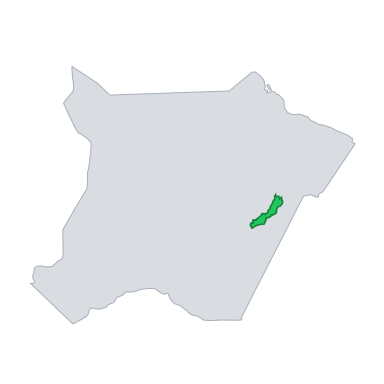 location of Kajiado East, Rift Valley, Kenya, rotated 268°
{"feature_id": "3690345B56316730609732", "entity_name": "Kajiado East", "entity_type": "district", "adm_level": 2, "iso_a3": "KEN", "parent_name": "Kenya", "parent_adm1": "Rift Valley", "projection": "albers", "projection_center": [37.165, -1.892], "detail": "fine", "context": "in_parent", "style": "filled", "palette": "green", "viewbox_px": 384, "rotation_deg": 268, "n_neighbors": 0, "source": "geoboundaries", "source_scale": "gbopen_adm2", "svg_char_len": 6754}
<svg xmlns="http://www.w3.org/2000/svg" viewBox="0 0 384 384"><g transform="rotate(268 192 192)"><path d="M62.4,237.1L62.3,231.5L63.0,217.5L62.9,205.2L63.6,199.0L66.6,195.1L68.0,192.2L69.0,188.3L70.6,185.0L74.2,182.4L74.9,180.9L78.7,176.5L81.0,170.9L82.7,168.9L84.9,167.2L86.4,166.2L88.9,165.3L90.9,164.7L91.3,164.3L91.4,163.4L90.8,159.9L91.6,158.7L92.9,156.4L94.5,154.2L95.9,152.8L96.7,151.4L97.0,148.9L97.1,147.2L97.0,144.3L96.6,137.9L94.9,132.5L93.9,126.4L94.7,124.4L93.4,120.9L92.7,120.7L91.7,119.9L90.3,116.5L89.3,113.5L88.7,112.7L84.3,110.1L82.2,103.8L79.7,102.4L78.4,96.1L78.1,94.4L79.5,88.1L79.4,86.7L77.9,85.4L73.8,84.1L70.5,81.5L70.9,80.6L71.1,79.7L69.4,79.0L64.3,68.4L70.8,62.0L77.4,55.5L85.9,47.3L93.6,39.8L100.3,33.3L106.3,27.5L106.1,28.6L106.2,30.0L106.9,30.9L108.2,31.5L109.9,30.9L111.4,30.0L112.8,29.8L121.8,32.2L123.3,34.3L123.3,36.6L123.6,38.2L123.0,39.8L122.2,44.8L122.4,49.4L125.1,52.8L127.6,55.4L129.5,59.2L130.9,60.3L132.8,60.9L139.0,61.1L148.2,61.3L157.0,61.5L157.8,61.6L159.7,62.1L167.8,67.2L175.2,71.8L181.5,75.8L187.6,79.7L193.5,83.5L198.1,86.7L202.6,87.6L210.0,88.1L215.1,88.2L219.8,89.6L226.8,90.8L232.0,91.5L235.2,92.2L243.9,92.9L245.4,92.5L249.2,89.0L253.6,83.4L255.3,80.2L260.9,77.1L270.7,72.8L277.6,69.8L285.3,66.7L288.8,69.4L293.6,73.7L295.8,75.8L297.5,76.8L300.1,77.4L303.3,77.4L305.1,77.3L308.6,76.8L317.0,76.3L321.7,76.4L317.7,82.0L312.9,88.8L304.0,101.3L297.2,107.9L292.1,112.8L291.7,113.7L291.7,119.3L291.7,132.9L291.7,160.1L291.7,187.4L291.7,214.6L291.7,228.3L291.7,232.9L296.2,238.6L300.5,244.2L306.2,251.7L309.3,255.7L309.8,257.0L309.6,259.6L304.9,265.2L301.0,267.7L295.8,268.9L294.2,268.7L292.2,267.8L291.4,269.2L290.7,271.3L289.6,270.8L288.7,270.2L289.2,273.9L289.8,275.7L289.0,278.2L286.4,280.3L286.2,282.1L280.7,286.9L273.0,287.4L268.9,289.7L267.1,291.7L265.7,295.9L266.1,302.4L264.0,307.4L263.6,309.9L259.5,313.1L257.8,316.1L256.4,319.1L255.3,320.4L253.9,327.2L252.1,331.3L251.5,332.7L251.1,333.9L249.6,336.3L248.7,338.0L248.0,339.1L243.3,349.6L239.6,354.4L236.7,353.8L234.8,355.7L234.6,356.5L233.5,356.0L231.1,354.3L226.2,350.7L221.2,347.1L216.3,343.5L211.3,339.9L206.3,336.4L201.4,332.8L196.4,329.2L191.5,325.6L188.6,323.5L187.3,322.3L186.3,319.8L185.8,319.2L184.4,318.4L182.9,318.2L182.4,317.8L182.5,316.6L183.0,314.8L184.8,311.6L185.0,309.6L184.7,307.4L184.1,303.9L183.6,303.1L180.3,301.3L173.4,297.4L166.5,293.6L159.6,289.7L152.7,285.9L145.8,282.0L138.9,278.2L132.0,274.3L125.1,270.5L118.2,266.6L111.3,262.8L104.4,258.9L97.5,255.1L90.6,251.2L83.6,247.4L76.7,243.6L69.8,239.7L67.2,238.3L64.9,237.1L62.4,237.1ZM292.1,274.6L290.9,274.9L291.5,273.0L295.1,270.6L296.5,271.2L296.8,271.7L296.7,272.2L296.1,272.7L292.1,274.6Z" fill="#d9dde1" stroke="#a8b0b8" stroke-width="1"/><path d="M168.6,275.2L169.0,275.3L169.1,275.5L169.3,275.7L169.4,275.8L169.5,275.8L170.5,275.8L170.7,276.0L171.1,276.0L171.3,275.9L171.7,275.9L171.7,276.0L172.0,276.2L172.6,276.4L172.7,276.5L172.8,276.5L173.0,276.6L173.6,276.9L173.8,277.0L174.1,277.7L174.4,278.1L174.5,278.7L175.0,280.1L175.5,280.3L175.9,280.6L176.8,281.6L177.4,282.0L179.1,282.1L179.3,282.3L179.6,282.3L179.7,282.2L179.8,282.2L179.9,281.9L180.0,281.8L180.1,281.6L180.3,281.5L180.7,281.5L181.1,281.7L181.3,281.7L181.7,281.6L182.3,281.4L182.8,281.2L183.7,281.2L182.1,279.3L182.3,279.3L182.5,279.2L182.4,279.1L182.5,279.0L182.6,278.9L182.8,278.9L182.9,279.0L183.0,279.1L183.2,278.9L183.4,278.9L183.6,278.9L183.8,278.7L184.0,278.6L184.3,278.6L184.5,278.6L184.4,278.4L184.5,278.3L184.6,277.9L184.7,277.7L184.7,277.2L184.7,276.8L184.6,276.6L184.8,276.6L185.0,276.4L185.0,276.2L185.3,276.0L185.4,275.9L185.5,275.6L185.9,275.4L186.2,275.4L185.7,275.1L185.6,274.8L185.5,274.6L185.4,274.6L185.2,274.6L184.3,274.3L182.9,274.5L182.7,274.4L182.0,274.2L181.3,273.7L181.1,273.4L180.9,273.3L180.6,273.4L180.4,273.3L180.4,273.2L180.3,272.9L180.2,272.8L180.0,272.7L178.3,272.0L178.2,272.2L177.7,272.0L177.8,271.8L177.4,271.6L175.1,270.0L174.6,270.0L174.6,269.7L174.4,269.6L172.9,269.5L172.7,269.3L172.0,269.1L171.9,269.1L171.7,268.4L171.4,268.1L171.4,267.9L171.2,267.9L171.0,267.7L170.8,267.6L170.7,267.4L170.4,267.1L170.0,267.0L169.7,267.1L169.3,267.0L169.0,267.1L168.8,267.1L168.7,266.9L168.7,266.7L168.3,266.5L168.3,266.4L167.9,265.9L167.9,265.7L167.7,265.5L167.8,265.5L168.0,265.4L168.0,265.2L168.0,264.9L168.0,264.6L167.9,264.4L167.8,264.2L167.6,264.1L167.4,264.0L167.4,263.9L167.6,263.8L167.4,263.6L167.5,263.4L167.3,263.1L167.7,262.8L167.7,262.7L168.0,262.1L167.9,262.0L167.7,262.0L167.7,261.9L167.9,261.6L167.6,261.5L167.6,261.4L167.5,261.2L167.6,260.9L167.5,260.7L167.3,260.7L167.2,260.8L166.8,260.8L166.5,260.7L166.4,260.6L165.5,259.5L165.4,259.3L163.0,256.0L162.8,256.2L162.5,255.8L162.6,255.7L162.0,254.8L162.0,254.7L161.9,254.8L161.7,254.8L161.5,254.6L161.4,254.4L161.4,254.1L161.5,254.0L161.6,253.9L161.6,253.4L161.7,253.2L161.8,253.1L161.9,252.9L161.8,252.7L162.0,252.2L161.1,251.7L160.9,251.5L160.7,251.5L160.4,251.6L160.2,251.7L160.2,251.8L159.9,251.9L159.7,252.1L159.4,252.3L159.2,252.5L158.8,252.3L159.2,250.1L159.3,250.2L158.9,249.9L158.8,250.0L158.7,249.9L158.6,250.0L158.6,249.9L158.3,249.9L158.1,249.7L157.9,249.6L157.7,249.4L157.2,249.3L157.0,249.2L156.9,249.2L157.0,249.4L156.9,249.4L156.6,249.5L156.4,249.5L156.1,249.7L156.0,249.9L155.8,249.9L155.8,250.0L155.6,249.9L155.6,250.0L155.4,250.1L155.2,250.0L154.9,250.2L154.7,250.3L154.3,250.4L154.2,250.5L153.8,250.6L153.7,250.6L153.6,250.8L153.9,251.2L155.0,253.0L155.8,254.2L155.8,254.3L156.2,255.0L156.1,255.4L156.2,255.5L156.5,255.9L156.5,256.1L156.9,258.3L157.0,258.6L157.2,259.5L157.4,260.4L157.5,260.9L157.4,261.2L157.2,261.9L157.2,262.5L157.6,263.2L157.7,263.3L157.9,263.4L158.0,263.3L158.5,263.6L158.9,263.7L159.1,263.7L159.4,263.6L159.6,263.6L159.8,263.7L159.8,263.9L159.9,264.0L160.2,264.1L160.2,264.4L160.3,264.5L160.6,264.4L160.7,264.6L160.8,264.6L161.0,264.7L161.3,264.6L161.5,264.5L161.9,264.7L161.9,264.8L162.1,264.9L162.1,265.1L162.3,265.2L162.5,265.4L162.8,265.5L162.9,265.4L162.9,265.5L163.0,265.5L163.3,265.9L163.5,265.9L163.8,266.0L163.7,266.2L163.8,266.3L163.8,266.5L163.7,266.8L163.8,266.9L163.7,267.1L163.8,267.2L163.8,267.3L163.9,267.5L163.8,267.8L164.1,267.9L164.1,268.0L164.3,268.1L164.2,268.3L164.3,268.4L164.3,268.5L164.2,268.6L164.3,268.8L164.4,269.1L164.8,269.1L164.9,269.3L165.0,269.4L164.9,269.5L165.0,269.6L165.0,269.9L165.3,270.3L165.4,270.5L165.5,270.6L165.8,270.6L165.9,270.8L166.1,270.7L166.2,270.8L166.3,270.7L166.3,270.8L166.3,271.0L166.5,271.4L166.3,271.6L166.1,271.8L166.1,272.0L166.4,272.2L166.4,272.3L166.5,272.5L166.9,272.8L166.9,273.1L166.9,273.3L167.0,273.5L167.3,273.7L167.3,273.8L167.5,274.3L167.6,274.7L167.7,274.8L167.6,275.0L167.8,275.2L168.0,275.1L168.1,275.3L168.2,275.2L168.4,275.3L168.6,275.2Z" fill="#22c55e" stroke="#15803d" stroke-width="1.5"/></g></svg>